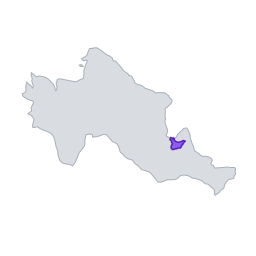 location of Pochon, Ryanggang, North Korea, rotated 76°
{"feature_id": "82179303B51146356154870", "entity_name": "Pochon", "entity_type": "district", "adm_level": 2, "iso_a3": "PRK", "parent_name": "North Korea", "parent_adm1": "Ryanggang", "projection": "mercator", "projection_center": [128.323, 41.648], "detail": "fine", "context": "in_parent", "style": "filled", "palette": "violet", "viewbox_px": 256, "rotation_deg": 76, "n_neighbors": 0, "source": "geoboundaries", "source_scale": "gbopen_adm2", "svg_char_len": 4305}
<svg xmlns="http://www.w3.org/2000/svg" viewBox="0 0 256 256"><g transform="rotate(76 128 128)"><path d="M151.4,191.2L150.4,191.7L148.8,194.6L147.2,198.4L145.7,200.4L144.0,201.5L142.2,202.1L138.6,202.4L135.3,202.2L134.2,201.8L129.7,202.0L128.4,202.3L121.9,202.0L118.5,202.3L116.3,203.0L114.1,204.5L112.2,206.8L110.6,209.2L107.2,213.6L104.8,215.7L104.8,218.8L104.7,219.7L103.9,220.4L103.6,220.1L102.2,219.9L96.7,217.0L92.1,218.8L91.0,221.0L89.8,221.7L88.0,217.3L85.0,217.2L80.3,213.3L78.3,214.1L77.8,215.7L75.2,219.2L71.6,222.2L70.4,222.5L69.1,222.3L69.3,221.5L67.8,218.2L62.1,216.9L60.1,215.5L59.0,215.2L64.6,211.5L66.1,210.9L65.0,210.0L63.8,209.6L59.2,210.1L56.8,208.9L53.3,209.3L50.9,208.4L55.9,204.7L56.1,202.6L56.1,201.0L58.6,196.2L61.2,193.5L67.8,189.7L70.7,189.2L72.7,189.3L74.5,189.0L72.7,187.5L70.9,186.9L67.5,187.0L63.9,184.8L63.6,182.5L70.5,167.9L70.6,166.5L69.5,162.9L69.2,159.4L64.2,157.4L62.1,157.2L55.7,153.2L53.2,151.2L52.2,151.8L52.0,155.0L51.1,155.7L49.5,156.3L48.6,152.7L47.3,150.1L43.1,147.4L41.6,146.0L42.3,142.8L41.9,142.5L42.6,138.9L45.2,136.2L51.5,131.3L53.1,129.0L56.3,126.2L57.8,126.3L59.3,126.1L59.7,124.9L60.0,123.9L61.3,123.1L64.4,121.6L67.9,119.6L70.7,119.0L74.1,116.1L75.5,114.8L76.9,114.8L77.3,114.2L78.1,112.6L79.2,111.6L80.7,111.4L83.2,110.7L86.3,110.2L88.4,107.7L89.1,105.9L90.5,104.0L93.5,101.8L95.6,98.6L97.8,95.1L98.9,94.0L100.0,93.8L100.6,92.5L101.3,88.8L102.4,85.2L103.0,83.5L105.6,81.7L106.3,80.8L106.9,80.5L108.1,80.7L109.7,79.6L111.2,78.4L112.6,78.8L114.1,79.8L115.5,81.8L116.2,83.4L117.4,84.7L117.6,86.7L118.8,87.5L121.3,87.9L125.3,89.2L128.0,89.3L129.5,90.3L132.6,90.8L138.9,90.1L141.5,90.5L142.6,91.7L144.2,92.7L145.2,92.7L146.6,91.1L148.1,88.4L149.1,86.4L149.0,84.7L148.2,83.0L146.1,81.4L144.7,78.8L143.4,76.2L142.7,75.4L142.0,74.1L141.9,72.2L142.4,70.8L145.5,70.0L149.5,69.4L152.8,70.0L158.2,69.6L161.6,68.9L164.0,69.0L166.3,69.0L167.3,67.9L170.5,65.1L172.1,64.2L173.7,62.3L174.0,60.4L174.4,58.9L175.3,57.2L177.0,55.2L178.4,54.2L180.0,54.3L181.6,55.3L182.7,56.2L183.9,55.9L184.9,54.3L185.5,54.0L187.4,53.9L188.0,52.9L188.8,48.1L189.5,44.3L189.7,41.7L191.4,37.3L191.9,34.7L192.9,33.5L194.1,33.6L195.1,34.3L196.3,34.8L197.9,34.4L199.1,35.0L199.8,36.4L202.2,37.4L202.5,38.1L202.4,42.9L203.7,45.1L205.5,47.1L208.0,48.9L209.3,49.3L210.1,50.6L210.8,52.9L212.5,55.1L213.4,56.7L213.6,58.3L214.4,59.3L213.0,60.3L211.2,59.6L208.2,59.3L204.3,62.5L202.1,63.6L200.6,66.8L197.5,68.7L195.9,70.7L193.7,74.2L192.3,77.5L189.0,80.9L187.1,85.2L187.0,88.9L189.1,92.6L189.3,95.8L187.8,102.3L188.6,109.2L187.7,111.9L177.7,116.7L175.1,119.0L171.4,125.1L166.9,127.4L164.1,129.9L160.3,131.3L157.8,135.6L155.1,138.0L151.9,139.5L149.4,141.4L144.0,141.5L140.2,142.8L137.5,146.4L129.4,150.4L128.3,153.5L128.8,158.2L128.8,161.8L128.1,164.7L126.3,163.9L125.4,164.8L124.3,167.6L124.6,170.7L127.4,171.7L129.7,173.0L132.9,173.6L135.3,175.0L140.4,181.6L144.5,184.4L145.6,185.5L147.9,186.9L150.1,189.2L151.4,191.2ZM56.8,159.1L55.2,160.1L55.1,158.3L56.3,156.8L57.6,156.6L56.8,159.1Z" fill="#d9dde1" stroke="#a8b0b8" stroke-width="1"/><path d="M149.9,89.9L150.0,89.7L150.3,89.6L150.6,89.4L150.9,89.1L151.2,88.9L151.5,88.9L151.9,89.0L152.2,89.2L152.5,89.3L152.8,89.1L153.2,88.8L153.8,88.6L154.1,88.8L154.6,89.2L154.9,89.7L155.6,90.0L156.1,90.5L156.6,90.8L157.1,90.9L158.0,90.9L159.0,90.9L158.8,90.8L159.4,90.2L159.8,89.7L159.8,88.8L159.8,87.8L159.7,86.9L159.7,86.3L160.0,85.6L159.7,85.0L159.6,84.4L159.6,83.5L160.0,82.7L160.0,82.1L159.7,81.6L159.4,81.1L159.1,80.7L158.7,80.7L158.3,80.7L157.9,80.3L157.7,79.7L157.5,79.2L157.1,78.7L156.8,78.8L156.4,78.7L156.2,78.1L156.0,77.7L155.8,77.3L155.3,76.8L155.0,76.4L154.7,76.0L154.7,75.8L154.6,75.7L154.3,75.9L154.1,76.4L153.7,77.0L153.5,77.6L153.6,78.1L153.9,78.7L154.0,79.4L154.0,80.2L154.1,80.8L154.0,81.5L154.0,82.1L153.9,82.6L153.9,83.2L153.5,83.7L153.1,84.3L152.8,84.7L152.3,85.1L152.0,85.4L151.5,85.8L151.0,86.2L150.7,86.2L150.4,85.9L150.1,85.7L149.6,85.6L149.6,85.8L149.5,86.0L149.4,86.1L149.3,86.3L149.2,86.3L149.1,86.5L149.0,86.8L148.9,86.8L149.0,86.9L149.0,87.0L148.9,87.0L149.0,87.0L149.2,87.3L149.0,87.5L148.9,87.5L148.9,87.4L148.8,87.5L148.7,87.5L148.7,87.8L148.6,88.0L148.4,88.1L148.2,88.3L148.1,88.5L147.9,88.5L147.7,88.7L147.6,88.8L148.6,89.7L149.2,90.0L149.6,90.1L149.9,89.9Z" fill="#8b5cf6" stroke="#5b21b6" stroke-width="1.5"/></g></svg>